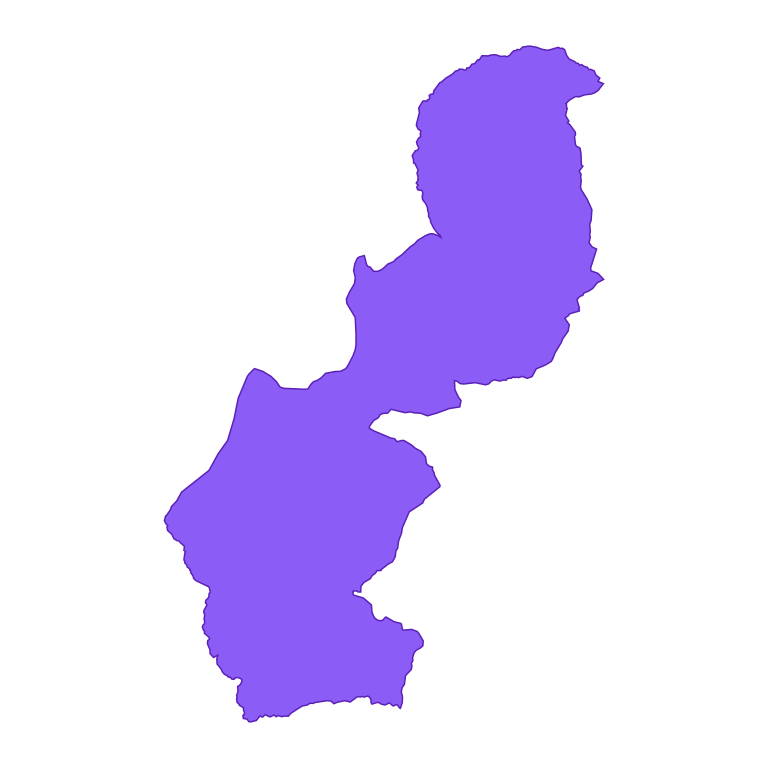 Une, Cundinamarca, Colombia
{"feature_id": "7082276B23040184298460", "entity_name": "Une", "entity_type": "district", "adm_level": 2, "iso_a3": "COL", "parent_name": "Colombia", "parent_adm1": "Cundinamarca", "projection": "mercator", "projection_center": [-74.093, 4.305], "detail": "fine", "context": "isolated", "style": "filled", "palette": "violet", "viewbox_px": 768, "rotation_deg": 0, "n_neighbors": 0, "source": "geoboundaries", "source_scale": "gbopen_adm2", "svg_char_len": 6050}
<svg xmlns="http://www.w3.org/2000/svg" viewBox="0 0 768 768"><path d="M459.8,406.9L461.0,400.5L458.7,397.6L454.9,389.7L454.5,380.7L456.8,381.1L460.1,383.6L463.6,384.0L475.3,382.7L485.5,384.8L488.9,383.8L491.4,381.1L494.1,379.8L499.9,381.1L503.7,379.9L506.0,380.3L507.6,378.5L511.5,378.2L512.9,376.9L514.6,377.6L516.4,377.1L518.7,377.6L522.1,376.4L527.2,378.3L532.0,376.6L536.3,368.8L545.4,365.0L551.2,361.5L552.9,358.5L555.0,352.9L561.3,342.5L562.6,339.0L568.1,331.2L569.3,324.8L564.8,318.2L568.3,315.7L569.9,313.7L579.3,311.0L579.4,310.0L578.5,309.1L579.4,308.0L577.2,300.6L577.5,298.7L580.2,296.2L582.8,295.4L584.0,292.9L588.5,291.2L592.7,288.5L597.1,282.9L603.6,279.4L598.0,273.4L591.0,270.8L590.6,268.1L596.6,249.1L592.0,246.8L589.1,242.8L590.3,236.9L589.7,234.8L590.3,231.2L589.7,224.4L591.1,220.5L591.9,209.7L587.0,198.9L581.6,190.3L580.5,187.4L581.2,181.0L580.7,176.9L581.1,174.3L579.2,171.2L582.9,166.2L581.4,164.9L581.0,153.8L580.2,148.7L579.4,147.6L576.5,146.4L575.5,144.6L574.5,136.6L575.5,134.7L575.3,132.1L569.7,124.5L567.5,122.7L568.9,121.2L565.5,115.4L567.2,108.5L566.7,108.4L566.4,104.1L565.8,103.7L569.6,100.0L575.6,96.5L578.8,96.9L584.5,94.9L591.5,94.0L594.5,92.9L598.2,90.4L603.4,83.6L598.0,81.4L599.8,78.1L595.9,75.0L594.2,70.9L590.7,69.3L588.8,69.6L587.4,67.3L584.4,66.5L581.6,64.6L579.6,65.3L578.2,63.4L576.1,63.0L574.7,61.6L569.3,59.1L566.8,55.7L564.6,49.6L562.2,48.2L560.1,48.5L558.8,47.5L557.6,47.5L548.7,50.1L546.8,50.2L542.0,49.3L536.4,47.2L529.8,46.1L527.2,46.3L522.5,47.1L520.1,49.7L517.2,49.5L515.8,50.6L514.0,50.6L511.1,53.3L510.5,54.7L507.1,56.8L505.1,56.1L500.7,56.4L495.5,54.7L490.4,55.1L488.2,55.9L482.0,55.7L479.3,59.9L477.7,59.8L474.6,63.7L471.9,64.2L469.6,67.5L466.6,68.1L466.3,69.8L465.1,70.2L462.6,69.3L459.2,69.1L458.2,70.4L455.4,71.1L452.5,74.1L446.0,78.0L441.7,81.8L439.7,82.8L433.8,90.8L433.2,94.0L430.5,94.3L429.1,95.7L429.8,97.5L428.8,99.7L427.3,99.9L426.6,101.4L424.1,100.8L422.8,101.2L418.7,108.0L419.4,112.6L416.5,124.0L416.4,125.5L418.1,129.1L421.0,131.1L420.2,133.9L420.7,136.6L418.6,138.1L416.5,142.0L417.4,145.3L418.7,147.0L418.5,148.3L417.7,150.1L415.2,150.9L412.2,155.7L413.5,159.7L413.6,163.0L414.9,163.5L418.2,170.2L417.0,173.0L418.1,177.5L417.7,181.1L416.4,182.6L416.4,183.4L418.2,185.1L416.8,186.9L417.2,188.8L418.3,190.1L421.3,190.2L422.3,191.3L422.8,193.2L422.1,197.1L422.7,198.2L422.5,199.5L425.8,203.8L427.5,207.7L427.7,210.7L428.7,213.4L428.5,216.3L430.3,219.4L430.6,221.9L433.8,228.4L437.3,233.0L440.0,235.2L440.9,237.4L437.8,235.4L432.6,233.7L429.6,233.9L425.7,235.5L417.7,240.4L414.4,244.0L410.2,246.8L402.0,254.7L396.2,258.8L393.6,261.6L387.8,264.1L382.6,269.0L378.0,271.3L373.7,271.3L370.1,267.1L367.6,266.2L366.6,264.5L364.3,255.6L359.4,256.9L357.3,258.3L354.9,263.6L353.6,270.5L355.3,277.6L354.5,283.5L349.6,291.9L346.4,299.0L346.8,303.4L355.2,317.4L356.0,333.4L356.0,344.5L355.3,349.5L353.0,355.8L347.4,366.5L345.6,368.7L340.7,371.3L335.2,371.5L325.6,373.3L321.0,378.0L317.0,380.5L313.6,381.6L311.1,384.1L307.9,388.9L305.3,389.3L283.6,388.3L279.9,386.9L276.5,381.7L270.8,376.2L262.8,371.4L254.6,368.6L253.9,369.1L248.8,374.2L247.1,376.9L238.2,398.3L234.1,418.7L227.6,440.5L218.1,453.9L209.0,470.4L181.6,492.1L176.6,501.1L171.5,506.5L170.3,509.9L166.7,515.2L165.6,516.0L164.4,520.7L166.3,524.3L167.8,525.5L166.9,527.1L167.7,530.6L171.8,534.3L174.0,538.8L177.1,540.7L179.3,541.0L180.1,542.5L184.4,546.2L183.9,550.3L185.5,551.7L184.8,553.1L183.9,560.0L184.9,561.4L184.8,562.9L186.9,565.3L187.2,567.0L189.7,568.9L189.9,570.4L190.9,571.2L190.9,573.1L193.0,575.8L193.6,578.4L195.9,580.6L209.1,587.0L210.3,592.3L209.1,593.5L208.9,596.4L207.9,598.4L205.9,600.2L205.5,601.8L205.5,603.0L206.7,604.1L206.9,605.0L204.0,610.3L203.7,612.0L204.7,614.8L204.1,619.0L204.7,622.1L204.3,624.0L202.9,625.2L202.4,627.3L203.7,630.5L204.7,631.2L204.3,633.2L208.3,636.7L209.6,638.7L209.1,639.7L207.8,640.4L207.4,643.6L210.0,649.9L210.0,653.5L213.5,657.5L217.8,655.2L216.8,659.0L217.1,664.0L221.1,669.0L222.4,671.9L224.3,674.2L227.4,675.8L228.1,676.9L230.5,677.5L231.8,679.1L234.1,679.3L235.3,677.7L237.9,677.6L240.6,678.5L241.9,679.9L241.7,681.9L240.0,684.9L237.6,686.5L238.0,691.3L236.6,695.6L237.2,697.4L236.7,698.1L236.7,700.1L237.1,702.4L239.3,704.5L239.4,705.3L243.4,707.7L243.5,710.2L244.5,712.4L244.3,713.9L242.9,715.6L243.4,718.5L247.0,719.1L248.9,721.7L250.7,721.9L256.3,720.5L259.8,716.2L260.8,716.0L261.7,717.0L263.0,716.9L265.1,714.6L269.1,716.7L271.2,716.6L273.6,715.0L276.2,716.7L278.4,715.6L281.8,716.7L284.2,716.1L288.4,716.2L290.8,713.3L302.2,706.0L306.9,705.1L310.3,703.2L313.1,703.4L315.2,702.5L326.9,700.7L330.9,701.0L333.9,703.7L337.3,702.3L344.6,700.7L350.2,702.0L357.7,696.5L360.1,697.0L362.0,696.5L364.1,697.1L367.4,696.1L368.6,696.4L370.9,699.1L371.0,702.5L372.0,704.1L376.7,702.6L378.8,702.5L381.2,704.1L385.1,705.0L389.3,702.9L393.2,706.0L396.9,704.5L399.5,707.8L400.2,708.4L400.5,708.0L402.3,702.4L402.5,697.0L401.3,691.9L402.1,687.7L404.4,684.4L405.5,675.7L411.3,669.4L411.9,665.9L411.4,663.3L412.9,660.6L412.6,657.5L414.1,652.8L416.3,650.2L420.7,647.8L422.9,645.7L423.2,640.9L419.0,633.6L417.1,631.4L411.5,629.4L403.2,630.2L402.4,629.1L401.4,624.0L400.3,623.2L394.2,621.8L386.2,617.1L385.4,617.2L382.8,620.2L381.4,620.6L378.5,620.6L375.2,618.6L373.3,615.6L372.0,612.0L371.4,604.9L363.4,598.0L353.6,595.1L353.1,594.1L353.1,591.2L356.1,590.8L358.2,592.0L360.8,592.0L360.8,586.6L363.8,582.5L370.2,578.8L372.3,575.5L375.6,573.0L376.8,570.7L380.9,570.5L382.1,568.8L387.9,564.3L392.5,561.7L395.2,556.8L396.0,550.5L397.6,548.5L398.6,541.0L401.6,532.8L402.3,527.9L409.2,511.9L422.8,502.9L424.4,499.2L439.3,487.2L439.9,486.6L440.0,485.2L434.6,475.5L434.1,472.7L432.5,469.9L432.6,467.1L429.2,466.1L426.5,463.7L425.5,456.8L421.3,451.6L415.1,448.1L411.5,445.0L404.0,440.5L401.4,440.5L397.2,441.7L394.5,438.7L390.8,438.1L373.2,430.6L369.3,428.2L369.6,426.1L373.7,420.5L378.2,417.8L380.3,414.5L383.3,413.4L387.7,413.1L391.1,409.3L405.1,412.7L410.3,411.9L414.3,412.9L420.5,413.2L427.5,415.8L436.8,413.1L449.5,408.5L459.8,406.9Z" fill="#8b5cf6" stroke="#5b21b6" stroke-width="1.5"/></svg>